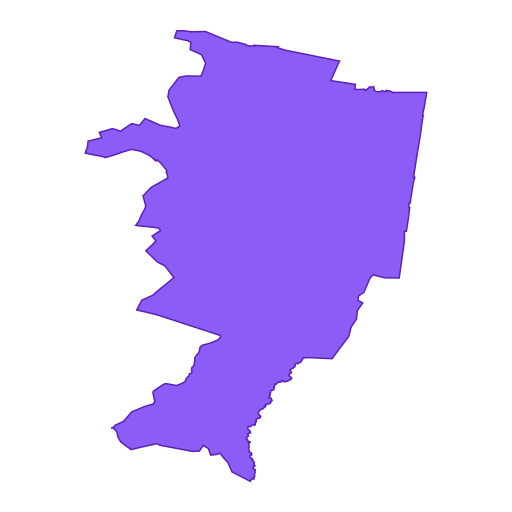 outline of Lielplatones pag., Jelgava, Latvia
{"feature_id": "27541924B38186203198692", "entity_name": "Lielplatones pag.", "entity_type": "district", "adm_level": 2, "iso_a3": "LVA", "parent_name": "Latvia", "parent_adm1": "Jelgava", "projection": "natural_earth1", "projection_center": [23.633, 56.444], "detail": "fine", "context": "isolated", "style": "filled", "palette": "violet", "viewbox_px": 512, "rotation_deg": 0, "n_neighbors": 0, "source": "geoboundaries", "source_scale": "gbopen_adm2", "svg_char_len": 6048}
<svg xmlns="http://www.w3.org/2000/svg" viewBox="0 0 512 512"><path d="M250.3,481.3L250.9,480.4L251.2,479.8L251.5,479.5L251.4,479.1L253.0,478.9L253.6,479.1L253.8,479.1L254.0,478.8L253.7,478.4L253.6,477.8L254.3,477.2L254.3,476.9L254.7,476.6L254.7,475.8L254.3,475.2L254.5,474.3L255.0,473.3L255.1,472.1L254.8,470.8L255.3,470.5L255.2,469.7L253.7,468.8L253.7,468.4L253.3,468.0L253.2,466.8L253.4,466.6L254.1,466.5L254.5,466.1L255.1,465.8L254.6,465.3L254.1,465.1L254.2,464.5L254.2,463.9L253.9,463.7L254.0,463.1L254.4,462.4L253.6,462.1L253.6,461.8L253.1,460.8L252.3,460.5L252.2,459.8L252.7,459.5L252.3,459.1L251.9,458.9L251.9,458.5L251.2,457.9L250.3,457.8L250.0,457.5L250.0,455.9L250.3,455.5L251.4,455.0L250.8,454.5L250.8,454.3L251.7,453.9L251.2,452.8L249.6,452.4L249.3,452.0L249.4,450.5L248.5,449.5L248.5,448.8L249.2,447.2L249.0,446.4L248.9,444.0L248.4,443.6L248.6,442.8L248.8,442.7L249.4,442.8L250.2,442.4L250.2,441.9L249.4,441.5L248.6,441.4L247.8,440.7L247.5,440.3L247.5,439.7L247.1,439.1L246.3,438.9L246.3,438.5L246.6,437.8L247.3,437.1L247.6,436.5L248.2,436.3L248.5,436.0L248.3,435.6L248.4,435.1L247.7,434.6L247.8,434.0L248.6,433.3L249.2,433.1L250.0,433.3L250.5,432.8L250.4,431.8L249.9,431.2L249.7,430.4L248.1,429.5L247.6,428.4L247.8,427.6L248.8,426.5L249.1,426.4L249.6,426.6L250.8,426.5L252.2,425.1L253.4,424.7L254.0,424.8L254.6,425.3L255.1,424.8L255.4,424.1L255.1,423.9L255.4,422.6L255.7,422.3L255.6,421.8L256.3,421.8L256.4,421.5L256.3,420.7L256.0,420.2L256.3,419.5L258.1,418.1L259.7,418.2L260.3,417.6L260.8,416.5L260.7,416.1L259.5,415.6L259.2,414.5L258.1,413.9L258.3,412.6L258.6,411.9L259.1,411.5L259.1,411.1L261.1,409.1L262.9,409.0L263.7,407.9L264.4,407.6L264.6,407.3L264.5,406.7L265.2,406.7L265.7,406.3L265.7,405.7L265.4,405.5L265.5,405.1L265.3,404.7L266.1,404.2L267.1,404.5L267.5,404.2L267.7,403.8L268.4,404.0L269.2,403.8L270.5,403.2L270.9,402.5L270.4,401.5L272.1,400.6L271.2,398.3L270.3,397.9L269.1,397.9L268.6,397.5L269.3,395.9L270.0,395.9L270.2,395.6L269.8,394.6L270.1,394.1L269.8,393.7L270.0,393.3L270.6,393.0L270.7,392.4L270.6,392.0L270.7,391.2L271.0,390.6L271.7,390.2L272.7,390.3L273.4,389.9L274.2,388.9L273.9,388.6L274.3,387.5L273.9,386.6L274.7,386.0L274.6,384.8L274.6,384.2L275.1,383.8L275.5,384.3L276.1,384.3L276.7,383.6L276.8,383.2L278.0,382.1L278.5,382.4L279.3,382.3L280.1,381.7L280.9,382.0L281.7,381.2L281.9,380.6L283.0,380.5L283.5,381.7L284.7,381.8L286.5,381.3L288.0,381.0L291.5,379.0L291.6,377.9L291.4,377.5L289.8,376.6L289.3,376.1L289.3,375.6L288.9,375.2L290.2,373.4L291.2,373.1L291.3,372.5L291.2,371.7L290.0,370.8L289.8,370.5L290.3,369.7L291.2,369.0L292.1,368.5L292.7,368.0L293.3,368.1L295.1,366.4L295.2,366.0L295.0,365.5L295.2,364.2L295.8,363.5L296.3,363.3L297.0,363.5L297.3,363.8L297.8,363.7L298.0,363.3L298.0,362.8L299.8,362.7L300.5,362.4L300.7,361.8L301.3,361.4L302.8,358.9L303.1,357.9L308.9,357.6L311.6,357.7L332.1,358.7L338.8,349.5L348.4,337.0L349.3,334.2L350.3,330.1L351.3,326.8L356.5,319.1L357.3,310.7L362.8,302.9L357.8,300.3L358.6,296.0L358.8,295.7L363.8,292.4L364.2,291.8L370.0,278.0L373.1,274.9L384.7,277.8L399.2,278.0L404.4,241.1L404.5,232.1L404.3,231.7L405.9,231.2L406.4,231.2L408.8,215.6L408.8,214.1L409.7,207.5L408.9,207.5L408.7,203.6L410.3,202.9L410.6,199.6L413.5,182.0L414.0,179.2L414.4,179.2L414.8,177.2L413.6,177.0L416.2,160.2L420.6,133.6L421.7,124.6L423.2,115.4L422.6,115.3L423.6,109.1L423.9,109.1L426.7,92.4L395.4,92.4L394.2,92.5L393.8,92.9L392.9,92.3L389.5,90.9L387.8,90.9L386.9,90.4L386.4,90.3L386.2,90.4L385.7,91.1L385.9,91.6L385.6,91.8L384.0,91.4L382.4,90.7L382.0,90.6L381.4,90.9L381.0,91.4L380.8,91.6L379.0,91.9L376.2,91.5L375.7,91.3L374.9,90.7L374.4,90.1L374.2,89.3L374.0,88.0L373.7,86.6L373.1,87.1L369.7,86.9L365.6,90.6L364.7,89.2L358.7,89.5L354.6,89.3L355.5,84.4L330.8,80.6L338.3,63.6L339.6,61.1L283.8,49.9L277.4,47.5L278.0,46.7L254.2,45.3L254.7,46.0L252.1,46.1L246.8,45.5L246.3,44.6L237.5,42.2L231.4,42.3L205.9,31.7L204.9,31.5L192.0,31.8L183.7,30.7L176.8,30.8L174.5,37.8L188.1,40.8L190.8,42.4L190.2,49.6L201.5,54.7L205.6,63.2L203.8,69.1L201.7,74.4L200.8,76.2L187.1,75.9L182.3,76.6L178.9,77.4L169.0,90.2L167.9,96.8L173.1,110.0L174.8,113.8L177.4,118.9L179.8,126.0L176.5,128.1L175.4,128.4L170.8,127.2L160.4,125.3L145.0,118.5L139.5,125.4L131.8,123.6L131.5,123.7L120.2,131.4L117.2,129.9L112.4,128.6L99.3,132.4L101.7,137.6L98.2,138.7L88.1,141.1L87.3,147.8L86.1,150.2L85.3,153.2L102.3,156.5L105.5,157.6L120.2,153.0L120.4,152.3L121.4,152.4L131.6,149.4L138.9,150.8L142.2,151.9L147.6,154.5L150.9,156.5L155.9,161.0L156.5,159.7L160.5,162.7L166.8,170.4L166.2,172.6L166.9,173.1L167.9,177.9L151.8,187.0L151.7,187.3L150.7,187.8L143.0,195.9L145.7,205.5L145.2,207.9L145.0,208.5L141.4,215.1L138.7,221.5L135.7,225.3L138.7,225.8L153.6,227.3L155.4,227.7L158.7,228.1L160.5,230.6L160.4,230.7L154.3,234.6L152.3,235.9L152.1,236.2L156.0,240.9L151.8,245.2L145.8,250.8L157.4,262.0L165.0,266.0L172.0,275.1L174.0,277.4L165.9,284.3L160.7,288.4L152.3,295.5L141.8,300.2L136.7,310.0L156.4,314.6L220.1,335.4L220.3,335.7L220.6,336.7L218.5,339.4L216.9,340.4L211.3,342.7L208.7,343.6L203.0,345.0L201.7,345.8L200.3,346.9L199.9,347.7L199.4,350.8L198.9,352.4L197.7,354.0L196.2,355.5L195.3,357.2L194.9,357.6L194.7,358.3L194.9,360.8L194.5,361.7L194.0,365.2L193.5,366.1L192.0,367.3L191.5,369.1L191.7,371.0L192.1,372.1L192.1,372.4L191.1,373.2L189.3,373.8L189.2,375.6L186.7,378.0L185.9,379.1L185.7,380.5L184.8,381.7L183.6,382.6L177.5,385.2L176.4,385.5L169.5,384.2L165.2,383.6L163.6,384.3L153.3,391.2L153.0,392.4L153.3,394.6L154.0,398.1L154.5,400.1L154.8,402.0L153.0,404.0L152.2,404.4L147.4,405.6L144.7,406.5L131.7,411.9L125.0,419.7L123.4,421.4L115.7,425.0L114.7,425.6L114.3,426.3L113.9,427.4L112.0,427.5L111.8,428.0L113.8,428.0L113.8,428.7L116.0,430.9L117.1,432.6L117.7,436.4L118.5,438.1L120.5,441.6L121.5,442.5L123.4,444.0L131.1,449.6L141.3,447.1L157.1,443.6L159.7,445.2L193.6,451.6L194.1,450.9L195.9,451.2L198.0,451.2L198.9,451.2L199.4,451.0L203.2,445.5L208.4,448.5L210.7,455.1L217.0,454.4L217.4,454.1L220.4,453.3L221.2,454.8L223.2,457.3L227.3,461.9L228.2,463.1L232.0,471.9L250.3,481.3Z" fill="#8b5cf6" stroke="#5b21b6" stroke-width="1.5"/></svg>